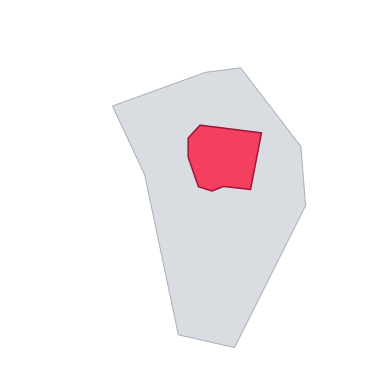 Barbados, with Saint George highlighted, rotated 208°
{"feature_id": "BRB-1991", "entity_name": "Saint George", "entity_type": "Parish", "adm_level": 1, "iso_a3": "BRB", "parent_name": "Barbados", "parent_adm1": "", "projection": "mercator", "projection_center": [-59.543, 13.145], "detail": "fine", "context": "in_parent", "style": "filled", "palette": "rose", "viewbox_px": 384, "rotation_deg": 208, "n_neighbors": 0, "source": "natural_earth", "source_scale": "10m", "svg_char_len": 481}
<svg xmlns="http://www.w3.org/2000/svg" viewBox="0 0 384 384"><g transform="rotate(208 192 192)"><path d="M236.3,304.0L207.4,324.5L117.1,283.2L85.3,233.2L81.4,74.6L137.0,59.5L241.8,184.9L302.6,230.6L236.3,304.0Z" fill="#d9dde1" stroke="#a8b0b8" stroke-width="1"/><path d="M188.9,199.8L210.1,219.4L212.1,221.6L220.7,237.9L216.3,254.8L158.4,276.8L141.5,221.7L165.4,212.3L167.4,211.1L174.7,202.3L188.2,199.8L188.9,199.8Z" fill="#f43f5e" stroke="#9f1239" stroke-width="1.5"/></g></svg>